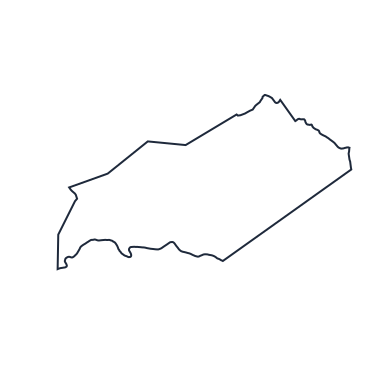 the district of Rouarne, Micoud, Saint Lucia, rotated 325°
{"feature_id": "8701671B67257471082353", "entity_name": "Rouarne", "entity_type": "district", "adm_level": 2, "iso_a3": "LCA", "parent_name": "Saint Lucia", "parent_adm1": "Micoud", "projection": "albers", "projection_center": [-60.915, 13.778], "detail": "fine", "context": "isolated", "style": "outline", "palette": "slate", "viewbox_px": 384, "rotation_deg": 325, "n_neighbors": 0, "source": "geoboundaries", "source_scale": "gbopen_adm2", "svg_char_len": 5907}
<svg xmlns="http://www.w3.org/2000/svg" viewBox="0 0 384 384"><g transform="rotate(325 192 192)"><path d="M37.7,178.1L38.6,178.3L39.4,178.5L40.0,178.7L40.6,178.9L41.4,179.3L42.0,179.6L42.8,180.0L43.5,180.3L44.2,180.7L44.9,181.0L45.4,181.1L45.8,181.1L46.5,181.1L47.1,180.7L47.4,180.2L47.5,179.7L47.7,179.0L47.8,178.1L47.8,177.6L47.9,177.0L47.9,176.5L48.0,176.0L48.3,175.5L48.8,175.1L49.4,174.6L49.9,174.2L50.2,174.0L50.6,173.9L51.3,173.9L51.8,173.9L52.4,173.9L53.2,174.1L53.7,174.3L54.3,174.7L54.5,174.9L55.0,175.5L55.4,176.1L56.0,176.7L56.6,177.0L57.4,177.1L58.0,177.1L58.8,177.1L59.7,176.9L60.3,176.8L61.3,176.7L62.1,176.5L63.0,176.2L63.8,175.8L64.5,175.5L66.2,174.7L67.3,174.2L68.2,173.6L68.8,173.3L69.7,173.0L71.5,172.9L72.6,172.9L74.0,173.0L75.1,173.1L76.2,173.1L77.5,173.1L78.4,173.2L79.7,173.2L81.2,173.3L81.8,173.4L82.4,173.7L82.8,174.0L83.5,174.4L84.2,174.7L84.8,174.9L85.6,175.6L86.1,176.3L86.6,177.0L86.9,177.4L87.4,177.9L87.9,178.3L88.8,178.8L90.1,179.5L92.9,181.1L93.7,181.6L94.6,182.4L95.5,183.0L96.5,183.6L96.9,183.9L97.2,184.3L97.6,184.9L98.0,185.4L98.4,185.8L98.9,186.8L98.9,187.2L99.1,187.5L99.4,188.0L99.6,188.6L99.8,188.9L99.9,189.3L99.9,189.8L100.0,190.5L99.9,191.5L99.9,192.6L99.8,193.3L99.7,193.8L99.6,194.3L99.5,194.9L99.2,195.8L99.1,196.3L99.0,196.6L99.0,196.9L99.1,197.5L99.0,198.0L98.9,198.3L98.9,198.8L98.9,199.2L99.1,199.6L99.1,200.8L99.1,201.2L99.1,201.8L99.5,203.0L99.7,203.5L99.9,204.0L100.0,204.5L100.3,205.2L100.4,205.4L100.7,205.9L101.3,206.7L101.6,207.1L102.0,207.8L102.3,208.4L102.7,208.9L103.0,209.2L103.7,209.5L104.0,209.7L104.5,209.8L105.0,209.7L105.4,209.5L105.8,209.1L106.2,208.4L106.4,207.9L106.6,207.2L106.7,206.4L106.8,205.7L106.8,205.1L106.9,204.2L107.0,203.6L107.3,203.1L107.7,202.6L108.1,202.4L108.7,202.1L109.3,201.9L109.7,201.9L110.3,202.0L111.0,202.4L111.7,202.8L112.7,203.4L113.7,204.1L114.6,204.9L115.5,205.4L116.4,206.2L118.1,207.6L119.8,209.1L120.5,209.6L121.3,210.3L121.8,210.8L122.4,211.5L123.1,212.3L123.7,212.9L124.6,213.8L125.3,214.5L125.7,214.9L127.7,216.6L128.1,217.0L128.8,217.6L129.6,218.3L131.0,219.4L131.7,219.8L132.8,220.1L133.5,220.3L134.7,220.5L137.7,220.5L141.4,220.6L143.7,220.6L145.1,220.6L146.1,221.0L146.6,221.3L147.2,221.7L147.6,222.1L147.9,222.7L148.1,223.4L148.2,224.2L148.2,225.0L148.2,226.0L148.2,227.1L148.3,228.4L148.4,229.7L148.4,231.1L148.5,232.0L148.7,232.8L148.9,233.5L149.2,234.3L149.7,235.0L150.2,235.7L150.9,236.4L151.7,237.3L152.4,238.1L153.1,239.0L153.7,239.7L154.5,240.6L155.4,241.9L156.3,243.6L156.8,244.5L157.4,245.4L157.7,246.0L158.6,247.1L159.3,247.9L159.8,248.4L160.1,248.5L160.7,248.8L162.2,249.0L163.7,249.4L164.9,249.6L165.9,249.9L166.8,250.4L167.5,250.9L168.3,251.5L169.1,252.2L169.6,252.9L170.3,253.6L171.0,254.3L171.7,255.0L172.3,255.7L172.9,256.6L173.5,257.6L173.8,258.3L174.1,259.0L174.3,259.8L174.6,260.8L174.9,261.3L175.5,262.0L176.0,262.9L176.3,263.5L176.6,264.3L176.9,264.9L177.3,265.4L177.7,266.2L335.4,264.9L336.1,263.3L339.0,257.8L339.6,255.8L342.3,250.4L344.0,248.8L346.1,246.3L346.3,246.1L346.1,245.9L345.9,245.6L345.8,245.3L345.5,245.0L345.2,244.8L345.0,244.7L344.8,244.6L344.6,244.4L344.1,244.2L343.9,244.2L343.6,244.0L343.2,243.9L342.8,243.7L342.6,243.6L341.6,243.3L341.2,243.2L340.6,242.9L340.3,242.7L339.6,242.4L339.3,242.2L339.1,241.9L338.8,241.7L338.6,241.4L338.4,241.1L338.2,240.8L338.0,240.4L337.8,240.1L337.7,239.9L337.6,239.7L337.5,239.2L337.4,239.1L337.4,238.8L337.3,238.5L337.2,238.0L337.2,237.7L337.2,237.3L337.1,236.3L337.0,235.9L337.0,235.2L337.0,234.8L336.9,234.5L336.9,234.1L336.9,233.8L336.8,233.4L336.7,232.9L336.6,232.7L336.5,232.3L336.4,232.0L336.3,231.6L336.2,231.3L336.0,230.7L335.8,230.2L335.7,229.7L335.4,229.1L335.1,228.1L335.0,227.8L334.9,227.4L334.8,227.1L334.7,226.7L334.6,226.3L334.5,226.1L334.2,225.3L334.0,225.0L333.8,224.3L333.6,223.9L333.5,223.5L333.2,222.8L332.9,222.4L332.4,221.5L332.2,221.1L332.0,220.8L331.8,220.5L331.7,220.1L331.5,219.8L331.3,219.4L331.1,219.1L331.0,218.8L330.9,218.4L330.8,218.1L330.6,217.7L330.6,217.3L330.5,217.0L330.5,216.6L330.6,216.3L330.7,215.9L330.8,215.6L331.0,215.3L331.0,214.9L331.0,214.6L330.9,214.1L330.7,213.7L330.4,213.2L330.2,212.8L329.8,212.2L329.6,212.0L329.4,211.7L329.2,211.4L329.1,211.0L328.9,210.6L328.8,210.3L328.7,210.0L328.5,209.6L328.4,209.2L328.3,208.8L328.3,208.5L328.3,207.8L328.2,207.5L328.3,207.1L328.4,206.8L328.5,206.5L328.6,206.1L328.6,205.7L328.5,205.3L328.3,205.1L328.0,205.0L327.3,204.8L327.0,204.6L326.8,204.4L326.5,204.2L326.3,203.9L326.0,203.6L325.8,203.4L325.4,203.1L325.2,202.8L325.1,202.6L325.0,202.4L324.9,202.2L324.9,201.8L324.9,201.5L324.9,201.1L324.9,200.8L325.0,200.4L325.0,200.1L325.1,199.7L325.3,199.1L325.5,198.7L325.6,198.4L325.7,198.2L325.6,197.7L325.6,197.3L325.6,197.0L325.5,196.7L324.9,196.3L324.6,196.1L324.4,195.9L324.1,195.7L323.8,195.5L323.4,195.3L323.1,195.1L322.9,194.9L322.6,194.6L322.4,194.4L322.2,194.1L322.0,193.8L321.8,193.5L321.5,193.4L320.8,193.1L320.5,193.1L320.1,193.1L319.8,193.1L319.4,193.1L318.7,193.2L318.4,193.2L318.0,193.2L317.7,193.1L317.3,193.1L317.1,167.1L316.8,167.2L316.6,167.3L316.2,167.5L315.3,167.9L315.1,167.9L314.8,168.0L314.6,168.0L314.3,168.1L314.1,168.1L313.9,168.1L313.6,168.1L313.3,168.0L313.2,168.0L313.0,167.9L312.9,167.8L312.6,167.7L312.4,167.6L312.2,167.5L312.1,167.4L311.9,167.0L311.8,166.9L311.7,166.7L311.6,166.4L311.5,166.0L311.5,165.8L311.5,165.7L311.5,165.4L311.5,165.2L311.4,161.0L311.3,160.9L311.3,160.7L311.2,160.4L311.1,160.2L310.4,158.7L310.2,158.2L310.0,157.9L309.9,157.8L309.8,157.6L309.7,157.3L309.6,157.2L309.3,156.8L307.7,154.6L307.5,154.4L307.3,154.3L307.2,154.3L307.1,154.2L304.5,154.5L303.5,155.5L300.7,156.5L299.0,157.3L295.3,157.5L293.3,157.7L289.0,159.3L286.3,158.7L282.7,158.3L280.4,158.1L275.7,156.9L273.4,155.7L273.0,154.1L213.7,149.9L184.8,125.2L133.5,128.6L94.0,117.8L94.0,120.7L94.3,122.6L95.2,126.1L95.2,127.7L94.0,131.6L90.9,132.4L58.0,150.2L37.7,178.1Z" fill="none" stroke="#1e293b" stroke-width="2"/></g></svg>